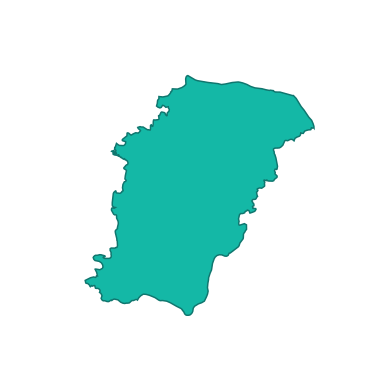 Mompós, Bolívar, Colombia, rotated 142°
{"feature_id": "7082276B99347605500180", "entity_name": "Mompós", "entity_type": "district", "adm_level": 2, "iso_a3": "COL", "parent_name": "Colombia", "parent_adm1": "Bolívar", "projection": "mercator", "projection_center": [-74.509, 9.146], "detail": "fine", "context": "isolated", "style": "filled", "palette": "teal", "viewbox_px": 384, "rotation_deg": 142, "n_neighbors": 0, "source": "geoboundaries", "source_scale": "gbopen_adm2", "svg_char_len": 6103}
<svg xmlns="http://www.w3.org/2000/svg" viewBox="0 0 384 384"><g transform="rotate(142 192 192)"><path d="M56.5,167.3L55.5,168.7L54.5,171.3L53.6,174.8L53.9,179.0L53.3,187.5L53.4,192.2L52.3,201.6L52.7,205.6L53.4,206.1L61.1,216.5L64.8,219.5L65.7,221.5L65.5,221.8L67.7,224.1L68.4,224.3L70.6,226.8L73.3,230.3L78.3,235.3L80.8,239.1L82.5,242.9L84.8,246.6L86.6,248.9L87.9,250.3L92.9,253.5L99.1,256.5L102.7,258.6L104.8,261.4L112.0,268.5L119.0,276.2L120.4,278.2L123.6,286.3L124.8,286.6L125.9,286.2L127.4,285.0L130.3,280.8L131.0,280.5L132.8,280.3L135.5,280.5L140.0,282.0L144.0,285.4L145.6,284.0L146.0,284.1L147.1,283.9L147.1,283.7L148.0,283.3L149.8,282.8L151.9,282.6L156.4,284.8L159.3,287.6L160.6,285.9L162.4,285.5L163.0,285.1L164.8,283.2L167.0,281.6L166.6,279.8L165.5,278.0L164.1,277.6L161.9,278.4L161.6,278.3L160.8,276.8L160.5,274.9L158.2,273.8L158.9,272.6L159.0,271.1L160.2,270.0L163.1,269.4L164.5,267.6L164.9,267.6L165.2,268.7L165.1,269.7L164.7,270.7L164.9,271.6L166.5,273.6L166.9,273.8L167.7,273.7L170.4,272.3L171.2,272.7L171.5,272.6L172.6,270.4L173.3,269.8L174.4,270.0L176.9,271.5L177.5,272.2L177.9,272.4L178.8,271.7L180.8,269.4L182.4,268.0L182.9,268.2L183.0,268.8L182.7,270.0L183.2,270.1L183.8,269.9L186.0,267.1L186.9,266.6L188.2,268.1L188.8,268.5L190.5,273.3L192.0,274.5L192.7,275.5L195.0,276.3L195.3,275.1L194.7,272.2L194.9,272.0L196.6,271.6L198.1,271.6L200.0,273.4L202.5,274.0L204.9,274.3L205.2,274.9L205.7,277.5L206.6,278.4L207.1,278.2L208.3,276.7L208.9,276.3L214.1,276.3L214.9,276.0L215.2,275.4L215.1,275.1L213.3,272.5L214.5,271.1L216.0,270.6L216.9,270.6L217.7,271.0L220.5,273.4L220.9,274.1L221.6,276.8L224.5,274.8L225.4,274.7L225.5,274.3L226.0,274.1L226.5,273.4L226.2,272.6L226.3,272.7L226.4,271.5L227.9,270.5L227.6,269.6L227.9,268.9L228.3,269.2L228.8,269.1L229.0,269.9L228.7,270.1L228.8,271.1L228.4,271.6L228.4,272.3L227.8,272.8L228.4,273.0L229.4,272.8L229.7,273.5L229.3,273.7L230.3,273.5L230.1,273.2L229.7,273.3L229.7,272.0L230.7,270.7L230.9,270.1L230.5,269.5L229.9,269.8L230.1,268.9L229.9,268.4L229.5,268.3L228.5,267.0L227.9,266.8L228.0,265.6L227.4,265.4L227.1,266.6L226.9,266.5L227.2,264.5L226.9,263.8L226.9,263.2L226.5,263.1L226.4,262.1L225.7,260.0L224.8,259.9L224.7,259.6L224.9,259.0L224.8,258.5L224.4,258.3L224.3,257.2L223.8,256.3L224.5,254.2L225.9,253.3L226.9,253.7L228.3,253.6L229.0,253.2L229.7,253.3L231.0,252.9L231.2,252.1L230.5,250.3L230.5,249.2L234.4,246.0L236.8,243.6L236.7,241.7L237.8,241.2L239.0,241.7L241.7,240.5L244.2,238.1L245.5,235.4L246.0,235.6L247.4,235.4L247.6,235.1L249.5,235.2L252.1,237.8L252.1,238.4L251.4,239.4L251.7,240.0L253.9,239.8L255.0,239.2L261.3,232.8L262.9,230.8L263.3,229.9L262.8,227.8L262.0,227.0L263.3,227.1L264.7,228.6L265.4,228.5L266.1,228.0L266.7,227.1L267.4,222.8L267.0,221.6L266.0,220.9L265.8,220.4L265.9,220.0L267.5,217.8L268.2,214.6L269.1,213.0L269.9,212.1L272.7,209.9L273.2,209.1L275.9,208.8L276.6,208.4L277.5,207.0L279.9,201.7L281.0,200.0L281.0,199.5L283.8,195.5L285.3,194.6L286.6,195.3L287.3,195.2L290.2,197.6L291.4,197.7L292.5,196.3L293.0,194.1L294.2,192.7L295.0,191.2L296.0,190.5L297.2,190.3L298.3,190.8L301.7,193.4L302.3,194.6L302.3,195.1L301.7,195.4L300.4,194.7L300.1,194.8L300.0,195.4L302.3,198.5L303.3,199.4L305.5,200.4L306.9,201.5L307.9,201.7L309.2,201.6L310.2,201.2L310.8,199.4L310.6,197.7L307.8,194.4L307.0,191.9L307.3,189.5L308.4,187.6L309.8,187.0L312.5,187.5L315.3,190.6L315.9,190.8L316.6,187.4L318.2,184.0L318.9,184.7L319.6,184.2L320.6,184.1L321.8,185.6L324.7,186.9L330.6,188.1L331.7,185.8L331.6,185.2L330.6,184.2L330.4,183.5L330.1,181.6L330.5,180.3L330.4,179.9L328.6,180.0L328.5,179.2L326.7,178.6L326.3,178.1L327.3,175.6L326.7,174.9L325.8,174.3L325.1,173.3L324.9,172.0L325.0,171.3L325.4,170.6L326.7,169.8L326.2,168.1L326.8,165.6L329.1,164.1L329.4,162.5L329.0,161.0L327.6,159.9L326.4,158.0L325.1,156.9L322.2,156.6L321.8,156.3L321.9,155.9L320.3,155.9L319.1,155.4L316.8,152.7L316.0,149.0L314.9,146.9L313.7,145.6L311.9,144.7L311.1,144.0L309.6,143.2L306.3,143.5L304.9,142.5L302.5,141.9L301.7,141.2L301.5,140.4L299.1,141.4L296.5,141.8L293.3,141.5L291.2,139.6L289.2,136.9L287.7,134.3L286.1,131.4L284.8,127.4L284.0,126.0L282.0,124.6L279.1,121.5L277.3,118.2L274.5,111.4L272.4,107.0L272.1,105.3L272.3,105.2L272.3,102.2L272.8,100.6L272.6,99.0L272.0,98.1L270.9,97.2L269.4,96.4L267.7,96.4L266.4,96.7L265.0,97.4L262.5,99.7L260.3,100.4L255.8,99.9L252.5,98.8L249.4,98.4L245.1,100.5L242.6,102.0L240.3,104.0L238.8,107.0L235.7,110.3L232.9,112.8L231.7,114.2L227.7,116.9L224.7,118.5L219.8,123.1L215.7,125.7L214.0,126.4L211.6,126.6L209.2,125.8L207.2,124.1L205.7,121.4L205.0,120.7L204.2,120.1L203.3,119.9L202.4,119.9L200.4,120.9L199.5,120.4L189.2,120.3L188.0,120.7L185.6,122.3L180.5,123.7L179.5,124.6L177.4,127.1L176.1,127.7L174.8,128.0L174.0,128.5L172.0,129.0L169.3,132.6L170.2,134.8L174.9,136.5L175.2,137.0L175.0,137.7L174.3,138.9L173.1,139.7L171.9,142.2L168.5,144.9L167.0,145.1L165.3,143.8L163.3,143.2L162.0,143.9L160.5,143.4L159.6,143.7L159.1,143.1L158.6,142.0L158.8,141.2L159.3,140.1L159.3,139.7L156.8,138.8L154.6,138.2L153.7,138.3L152.2,139.0L152.0,139.7L154.1,141.6L153.9,142.0L153.6,142.1L153.4,143.2L152.2,143.4L151.9,143.1L151.2,143.5L150.5,145.1L150.8,146.2L150.4,146.8L150.5,147.6L150.3,148.1L149.4,148.5L148.4,148.5L147.2,147.6L146.2,147.2L145.4,147.4L144.0,148.1L143.1,148.1L142.4,150.1L141.2,152.2L140.1,152.2L139.0,152.8L139.1,153.8L138.5,154.3L136.2,153.6L134.9,152.2L134.2,152.0L131.3,151.9L130.5,152.7L129.9,153.9L128.8,154.7L128.3,156.7L127.7,157.0L126.6,155.3L125.9,155.5L125.5,155.0L125.5,154.3L125.1,153.7L121.9,151.0L120.6,150.6L119.3,151.2L116.1,151.2L115.1,152.1L115.4,155.3L114.3,156.2L114.0,157.9L112.5,158.8L111.5,158.1L111.4,157.7L110.9,157.7L108.8,159.6L104.9,167.2L103.7,170.4L103.5,171.8L102.6,172.9L102.0,174.9L101.1,175.8L99.6,175.5L97.0,173.6L95.8,172.9L94.4,172.7L91.7,172.9L87.4,175.2L87.0,175.2L86.3,174.9L85.0,173.5L82.3,173.0L81.2,172.3L80.5,171.4L80.1,169.5L77.8,170.9L75.3,170.6L73.2,169.9L72.4,169.9L71.3,170.3L69.9,171.6L69.2,170.5L68.2,169.7L65.7,170.6L63.7,170.0L61.5,169.0L60.7,168.3L59.8,168.0L58.8,168.9L58.2,169.0L57.7,168.1L56.5,167.6L56.5,167.3Z" fill="#14b8a6" stroke="#0f766e" stroke-width="1.5"/></g></svg>